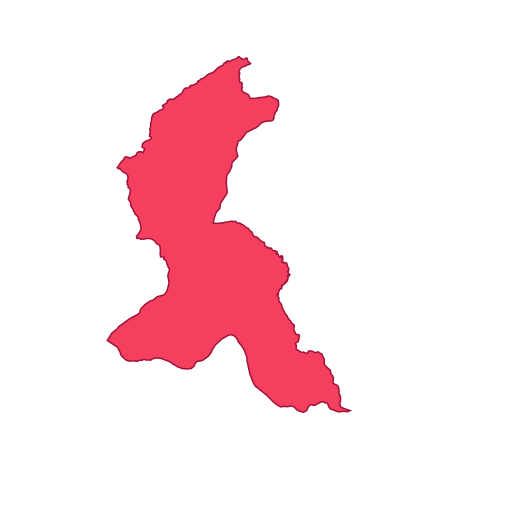 El Rosario, Nariño, Colombia (Robinson projection), rotated 214°
{"feature_id": "7082276B32433349406288", "entity_name": "El Rosario", "entity_type": "district", "adm_level": 2, "iso_a3": "COL", "parent_name": "Colombia", "parent_adm1": "Nariño", "projection": "robinson", "projection_center": [-77.45, 1.827], "detail": "fine", "context": "isolated", "style": "filled", "palette": "rose", "viewbox_px": 512, "rotation_deg": 214, "n_neighbors": 0, "source": "geoboundaries", "source_scale": "gbopen_adm2", "svg_char_len": 6150}
<svg xmlns="http://www.w3.org/2000/svg" viewBox="0 0 512 512"><g transform="rotate(214 256 256)"><path d="M420.4,251.6L418.9,251.5L417.9,252.3L417.2,251.9L416.7,252.3L414.3,251.4L411.5,251.4L410.9,251.8L409.1,251.7L407.3,251.0L406.2,249.8L405.0,247.7L404.7,245.7L403.6,244.9L402.9,243.4L402.2,243.4L401.4,242.8L400.1,241.1L398.4,241.4L396.9,240.2L395.6,237.7L394.0,232.4L393.3,231.5L390.7,230.6L389.2,229.3L388.0,227.5L387.0,227.5L386.1,226.8L384.1,226.1L383.0,224.9L382.0,224.6L379.5,223.1L375.1,222.4L374.0,220.5L369.9,218.2L368.2,216.0L367.1,215.4L365.9,212.0L365.8,207.9L366.2,205.5L364.5,204.0L363.0,205.2L361.1,205.4L358.1,207.5L356.5,209.4L352.2,211.8L348.1,211.9L346.8,211.0L344.9,210.7L342.0,211.0L340.5,209.7L338.4,207.2L336.4,203.8L334.6,201.9L331.9,203.7L330.8,201.8L328.7,201.9L327.0,201.3L325.3,199.4L324.0,199.1L322.9,197.8L320.6,196.8L319.9,196.0L318.7,191.7L317.8,190.0L313.0,185.1L310.3,177.3L310.1,174.5L310.9,171.8L315.1,167.1L316.7,161.8L318.5,159.7L320.7,154.4L321.9,148.4L321.7,146.4L320.9,144.7L320.9,142.5L325.7,133.3L330.3,120.7L330.3,118.3L332.4,111.5L332.1,102.8L319.9,102.9L314.5,100.0L313.1,98.6L311.3,97.9L305.6,97.0L301.8,98.2L300.0,100.0L295.5,102.4L293.9,104.8L292.0,105.9L291.5,107.6L290.2,107.9L289.6,108.4L288.5,108.4L286.9,109.9L285.5,110.4L284.8,111.2L284.3,112.9L281.5,115.9L277.4,118.0L268.9,120.0L265.3,120.2L264.0,119.8L262.7,120.4L261.6,120.2L257.8,120.4L256.7,121.0L254.3,121.3L249.2,124.4L246.7,126.6L245.8,130.0L246.4,133.5L245.9,135.7L243.0,138.3L241.6,140.3L239.4,146.4L239.3,151.3L239.9,154.3L239.9,159.7L238.1,167.6L234.4,175.2L232.7,176.7L231.1,177.3L230.0,177.6L226.1,177.1L222.4,174.8L217.1,173.3L213.1,171.4L207.0,167.0L204.7,164.0L194.7,154.4L187.5,149.5L184.0,147.8L168.7,146.5L159.4,144.6L155.3,144.3L151.5,144.7L150.3,145.3L149.3,146.6L145.9,148.5L142.7,151.5L139.6,152.2L137.4,151.5L134.6,151.4L130.2,152.6L129.1,153.2L127.6,156.2L128.2,159.7L127.9,162.8L127.2,163.4L124.8,164.4L123.2,165.9L120.9,170.7L118.8,172.9L116.6,172.9L115.4,173.7L114.1,173.7L110.9,171.4L108.5,170.8L102.3,172.4L100.3,173.0L96.3,176.4L93.9,177.5L92.7,178.5L91.5,180.5L95.9,179.2L100.1,178.4L101.7,178.5L104.1,180.6L104.5,182.3L106.6,185.8L108.6,187.7L109.7,187.8L110.3,188.3L111.8,190.8L113.7,192.9L115.9,194.3L119.0,193.7L121.4,193.9L123.7,198.3L125.4,199.4L128.2,200.3L129.7,202.1L130.7,202.9L135.3,203.4L138.9,204.4L141.8,208.7L145.9,211.0L146.2,211.4L147.5,211.6L148.6,211.0L150.7,211.4L153.2,208.7L156.1,208.6L158.6,207.3L159.2,206.2L159.2,204.2L159.8,203.4L163.0,202.8L163.5,202.1L164.9,201.5L168.8,201.4L169.6,201.0L170.8,201.5L172.5,204.4L174.3,205.2L174.2,206.5L173.4,207.9L173.2,209.2L173.9,210.4L174.1,211.6L175.0,212.7L175.0,213.8L175.4,214.3L176.8,214.7L178.4,213.6L179.4,213.6L183.8,216.4L184.8,218.7L186.0,220.3L187.7,220.2L189.6,220.6L190.6,221.4L192.4,221.6L193.7,222.4L194.9,222.4L196.7,223.8L199.5,224.4L200.2,225.1L204.4,227.2L208.0,230.1L212.0,231.6L213.9,234.4L214.8,234.4L216.7,235.4L216.8,235.9L215.8,236.0L215.6,236.3L216.7,237.5L217.8,241.9L217.4,242.6L216.5,242.9L217.0,244.6L218.1,245.2L218.2,245.6L217.8,245.9L218.0,246.4L217.2,247.3L217.4,247.9L216.4,249.2L217.2,249.8L216.6,250.6L216.8,251.0L216.4,251.1L216.0,252.9L216.9,253.1L216.6,254.6L217.2,255.8L218.7,257.2L218.3,257.8L217.3,258.0L217.2,258.6L217.7,258.9L217.6,259.6L218.0,259.8L219.5,259.4L220.7,261.4L221.4,261.4L220.9,262.4L221.8,263.9L224.8,265.4L225.3,266.3L226.5,267.2L227.0,267.3L228.6,266.0L229.3,266.5L230.0,265.7L230.4,266.0L230.8,265.5L231.4,265.7L231.9,266.5L231.7,267.6L232.2,268.8L233.3,268.6L233.8,269.3L233.3,270.1L234.1,270.6L235.2,270.5L235.4,269.9L235.1,269.0L236.2,268.3L238.7,269.9L239.3,269.7L239.7,269.0L240.6,269.3L240.3,270.4L241.0,271.4L242.0,270.9L243.0,271.2L243.6,270.4L245.3,270.1L246.5,270.3L247.2,270.9L248.2,271.0L249.1,270.0L249.9,269.7L250.4,270.0L251.4,269.0L252.5,269.7L253.6,269.3L254.6,269.6L256.7,271.9L258.3,271.4L261.0,271.3L265.3,272.3L267.2,271.4L269.7,271.4L272.8,273.5L276.3,273.8L277.9,274.6L280.2,274.1L283.3,274.5L288.0,274.2L289.4,272.9L292.1,273.3L296.7,270.5L297.0,269.7L300.4,266.8L301.7,265.1L303.0,264.5L303.5,263.5L309.7,259.2L311.6,263.5L313.3,269.7L312.6,275.4L314.9,279.6L315.0,291.4L315.6,292.9L321.2,299.6L324.7,305.4L325.4,307.5L325.2,311.6L326.2,316.8L327.6,319.0L328.0,320.5L326.9,326.8L326.9,328.5L330.5,331.7L332.6,334.4L334.0,339.2L334.7,340.2L334.8,341.0L333.5,344.1L332.9,353.5L329.7,358.9L329.0,360.6L327.8,362.0L326.7,365.6L326.1,369.3L323.0,373.4L319.2,376.4L318.0,377.8L318.1,380.3L319.7,382.3L319.7,384.0L320.3,385.9L320.0,388.8L321.0,390.5L321.1,392.3L321.6,393.9L324.5,397.3L326.2,397.5L330.8,396.7L332.1,396.9L335.2,395.6L337.7,392.6L342.4,388.7L343.5,387.3L348.4,383.7L349.8,383.8L352.4,385.5L357.9,384.9L360.3,385.3L361.0,385.8L361.5,388.3L363.1,388.8L363.3,390.2L363.7,391.1L365.1,391.8L366.9,391.2L367.5,391.5L368.6,393.9L370.3,394.6L370.5,396.2L371.4,396.8L371.5,398.5L373.4,399.1L373.8,402.3L373.3,404.8L371.0,407.4L370.1,409.6L368.4,411.4L368.1,412.5L371.7,413.0L374.0,415.0L374.7,414.8L375.8,412.4L376.4,412.0L379.2,411.4L381.1,411.8L381.9,411.5L382.9,408.0L384.6,406.2L387.2,402.0L388.7,401.9L389.4,400.0L389.0,400.1L388.9,399.4L390.3,397.9L390.1,395.8L392.7,391.0L394.1,384.5L397.1,380.3L398.7,374.9L399.5,373.1L400.7,372.0L401.1,369.4L402.1,368.3L401.5,367.0L401.5,366.3L403.8,362.3L405.4,361.1L405.9,359.8L405.7,358.1L407.2,356.4L408.2,356.1L408.8,354.7L408.9,352.3L408.5,350.7L408.7,348.8L409.9,346.7L410.0,345.0L410.8,343.8L411.5,341.0L413.1,338.9L415.0,338.1L416.2,335.8L416.2,334.9L415.7,334.0L415.6,332.9L417.6,328.5L417.0,327.8L415.4,327.3L415.3,325.9L417.4,322.7L419.0,318.9L420.5,316.8L420.5,315.0L419.8,312.4L418.3,309.8L417.3,306.5L416.2,305.3L415.2,302.9L415.1,301.9L414.6,301.2L414.3,301.4L414.1,300.9L413.2,300.5L412.6,298.2L411.4,296.0L410.9,295.6L409.8,296.0L408.7,295.7L408.9,293.7L409.8,291.9L411.5,289.7L412.5,287.4L412.7,285.4L411.4,282.6L410.7,282.4L408.8,282.8L408.1,282.5L407.7,279.5L407.1,278.8L407.6,278.4L409.5,278.2L411.6,276.7L412.3,274.9L411.9,272.2L414.9,267.2L415.9,266.4L417.0,266.5L419.1,265.6L420.0,264.5L419.8,261.0L420.4,258.2L420.4,251.6Z" fill="#f43f5e" stroke="#9f1239" stroke-width="1.5"/></g></svg>